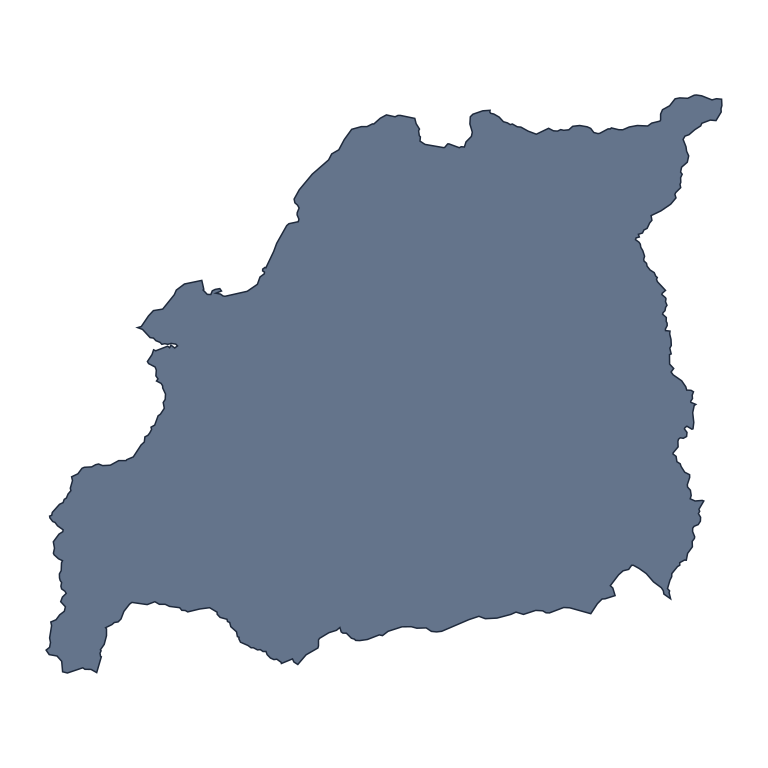 Reghiu, Vrancea, Romania (Natural Earth projection)
{"feature_id": "2599482B22331629819440", "entity_name": "Reghiu", "entity_type": "district", "adm_level": 2, "iso_a3": "ROU", "parent_name": "Romania", "parent_adm1": "Vrancea", "projection": "natural_earth1", "projection_center": [26.855, 45.811], "detail": "fine", "context": "isolated", "style": "filled", "palette": "slate", "viewbox_px": 768, "rotation_deg": 0, "n_neighbors": 0, "source": "geoboundaries", "source_scale": "gbopen_adm2", "svg_char_len": 6061}
<svg xmlns="http://www.w3.org/2000/svg" viewBox="0 0 768 768"><path d="M469.0,619.6L478.9,616.3L485.3,618.7L497.0,618.1L510.9,614.4L516.0,612.1L523.5,614.4L535.7,610.4L542.7,610.8L546.0,612.8L549.5,612.9L563.7,607.5L569.7,607.8L590.8,613.7L597.4,603.7L602.1,599.0L605.1,598.8L615.1,595.6L612.8,588.0L610.3,585.7L618.6,574.8L623.1,570.8L628.7,569.4L631.6,565.3L633.4,565.3L639.0,568.4L646.3,573.6L653.5,581.9L661.3,587.7L663.3,590.7L663.9,594.1L670.6,598.8L669.1,592.7L669.6,590.9L667.5,588.6L670.0,580.1L671.7,576.7L671.8,573.6L677.5,566.6L679.8,565.2L679.7,562.7L684.4,560.1L686.3,560.2L687.6,553.4L692.4,546.8L692.2,541.4L694.4,538.5L694.7,536.8L692.6,531.5L692.7,528.2L694.1,526.3L698.2,524.6L700.4,521.2L700.6,517.3L698.4,513.6L699.7,511.3L698.9,509.3L703.8,501.0L702.3,500.4L695.1,501.0L690.2,498.8L691.2,495.5L690.4,490.2L687.6,487.1L687.3,484.7L689.7,477.4L689.6,474.7L684.7,472.2L681.1,466.5L680.2,463.8L676.9,461.7L676.1,456.4L673.0,454.0L673.1,452.9L678.1,446.9L677.9,441.3L678.5,439.2L680.3,437.8L683.3,438.3L686.6,436.5L687.0,432.4L684.4,428.9L685.0,427.6L686.9,426.2L691.9,429.2L693.0,428.8L693.8,422.5L692.7,412.7L694.2,405.5L695.8,404.4L690.8,402.3L690.7,401.3L692.5,398.6L692.2,395.2L693.5,391.8L691.0,390.3L686.7,390.1L685.8,386.8L681.7,380.8L673.1,374.8L671.1,372.0L673.7,368.5L669.6,364.1L669.5,354.6L671.2,353.9L669.8,348.2L671.3,345.5L671.0,339.4L669.7,334.0L670.0,331.1L665.5,330.6L665.4,329.0L667.2,325.6L667.1,323.1L666.2,321.4L666.3,317.5L662.6,314.2L663.1,312.6L665.0,310.7L665.6,307.4L667.0,305.3L665.5,301.7L666.0,298.8L665.5,297.7L661.9,294.6L662.2,293.3L665.5,290.4L657.4,281.7L656.5,279.3L657.3,277.5L655.8,276.2L654.2,272.6L650.1,270.0L647.1,266.2L646.5,263.3L644.0,261.0L643.7,259.2L644.6,256.3L642.8,250.7L640.8,247.3L640.3,244.2L639.0,242.2L635.5,239.7L636.1,237.9L639.3,237.0L638.4,234.3L642.5,233.0L643.9,230.0L647.1,228.4L649.7,222.9L651.9,220.3L651.1,215.6L660.9,210.9L670.7,204.2L676.0,197.9L674.9,194.4L675.7,192.6L680.7,187.6L680.0,184.4L680.8,182.3L680.6,177.7L682.2,174.2L680.6,172.1L681.6,167.2L687.3,162.2L688.7,155.9L686.6,151.2L686.0,146.8L683.1,139.4L685.0,136.1L689.0,134.7L694.8,129.7L700.7,125.9L701.8,123.3L710.2,120.1L716.0,120.6L721.2,112.0L721.0,108.8L721.9,105.6L721.6,99.2L716.4,98.7L712.0,99.9L701.7,95.8L696.4,95.0L694.2,95.2L687.7,98.3L679.7,97.9L675.1,98.8L669.6,105.8L662.5,109.7L660.6,114.1L660.6,120.0L659.9,121.1L651.7,123.1L647.7,126.0L637.3,125.5L629.2,127.0L622.7,129.8L618.7,129.7L611.3,127.9L610.4,128.9L608.0,128.9L599.8,133.3L598.0,133.6L593.8,132.5L590.7,128.4L587.2,126.8L579.7,125.5L572.7,126.3L568.8,129.8L563.7,130.3L560.7,129.6L557.5,131.1L553.4,130.8L548.6,128.3L536.3,134.2L528.1,131.1L520.9,127.1L517.3,126.8L512.4,124.0L510.2,124.6L507.5,122.9L503.4,121.7L499.2,117.1L493.8,114.0L490.7,113.3L489.8,112.1L490.1,110.3L482.8,110.8L472.9,114.2L470.3,116.8L469.9,124.0L472.3,132.2L471.4,136.4L466.0,141.9L464.4,147.0L461.2,146.7L459.3,147.7L449.0,143.9L447.7,143.9L444.6,147.5L443.5,147.6L425.0,144.4L420.0,141.1L420.4,136.9L419.3,135.7L418.6,130.8L419.5,129.1L416.1,123.6L414.8,118.4L400.3,115.4L398.0,115.4L395.1,116.8L386.4,114.9L380.3,118.2L373.8,124.0L372.4,123.9L367.0,126.6L361.4,126.6L351.7,129.3L344.3,139.5L338.8,149.8L331.7,153.9L328.6,159.9L312.2,174.2L299.3,189.7L294.1,199.1L294.9,202.8L297.5,205.1L299.1,208.0L297.2,212.7L297.1,214.9L298.9,219.1L298.3,221.7L288.9,223.7L286.7,225.6L276.7,243.3L273.7,251.4L265.9,267.8L265.0,267.4L262.7,269.1L262.6,270.9L264.5,272.1L264.3,273.8L260.0,277.0L257.4,284.3L247.2,291.3L225.0,296.3L223.1,296.0L220.5,294.1L215.9,293.2L221.5,291.0L219.8,288.6L215.2,289.4L212.3,290.8L210.8,294.5L207.3,294.4L203.1,290.0L203.8,289.3L201.8,280.4L184.4,284.0L176.3,290.1L174.3,294.7L162.7,309.1L153.4,310.6L148.5,315.9L141.3,326.5L137.6,327.6L142.5,329.4L150.1,337.6L153.5,338.1L155.9,340.7L160.1,342.4L161.8,344.3L164.7,343.7L167.9,344.3L171.1,343.4L175.8,344.1L177.5,345.9L174.7,348.0L171.0,345.2L169.6,347.7L167.6,346.2L155.7,350.8L153.6,349.8L152.0,354.6L147.4,361.5L148.6,363.6L155.1,367.0L156.3,370.1L155.9,375.9L158.0,378.9L156.5,381.0L161.1,383.4L162.6,385.8L162.7,388.0L165.5,394.0L165.2,399.4L163.2,402.5L164.3,408.3L160.4,414.2L158.1,415.8L154.7,425.1L151.0,427.2L151.6,429.4L149.7,433.0L147.9,435.3L144.9,436.9L144.3,442.0L141.2,444.8L133.3,456.9L126.9,459.6L126.0,460.6L118.7,460.6L110.3,465.2L102.6,465.6L98.6,464.0L95.6,464.7L91.7,466.9L84.3,467.3L82.0,468.3L77.9,473.8L71.6,476.8L72.5,480.6L70.3,488.2L70.9,490.7L68.1,493.9L66.4,498.0L64.2,499.4L63.1,502.6L59.5,504.3L52.3,512.4L51.7,515.3L49.6,516.1L49.9,517.9L52.7,521.5L55.1,522.5L57.5,525.8L63.1,529.8L62.8,531.7L59.0,534.1L53.3,541.8L54.5,548.2L53.4,553.2L54.1,554.8L58.5,558.8L62.5,560.7L61.5,562.8L61.2,570.6L59.4,573.9L59.5,578.0L60.2,580.5L61.6,582.5L60.9,586.2L61.6,588.9L64.9,591.2L66.2,593.4L62.4,597.1L60.7,601.7L65.4,606.8L64.3,611.3L59.7,614.8L56.1,619.7L50.8,622.0L51.6,625.6L49.6,638.0L50.5,642.5L49.6,647.3L46.1,650.1L49.2,654.6L57.0,656.0L61.7,661.3L62.6,671.8L67.4,673.0L82.8,667.8L84.9,669.3L91.0,669.4L96.7,672.6L101.3,656.8L100.6,656.5L100.0,653.2L101.1,650.8L100.4,649.8L104.2,644.4L106.5,635.7L106.5,628.9L105.6,627.7L111.9,624.6L114.3,622.5L118.1,621.9L121.0,619.0L123.9,611.4L129.5,604.2L131.9,602.4L147.2,604.6L154.9,601.7L159.3,604.3L165.2,604.3L169.5,606.4L179.7,607.7L181.8,610.3L185.3,610.5L187.7,611.9L199.7,609.0L209.6,607.7L217.1,612.2L217.2,614.3L220.1,617.4L227.0,619.3L227.5,621.5L229.7,622.5L230.8,626.7L236.5,631.8L237.4,636.6L239.0,637.3L238.9,638.9L240.5,642.2L248.0,645.5L251.1,647.8L253.3,647.7L257.5,649.9L260.3,649.6L263.0,651.5L266.0,651.5L267.1,654.6L270.4,658.0L273.9,659.6L276.8,659.2L281.1,662.3L281.4,663.5L292.5,658.9L293.9,662.0L297.8,664.5L306.1,654.8L317.9,648.0L318.5,645.9L318.5,639.9L319.6,638.3L328.9,632.7L336.5,630.3L339.9,627.5L341.2,631.9L342.9,633.1L346.4,633.2L351.4,638.2L354.5,639.2L355.6,640.4L359.7,640.6L367.4,639.5L379.3,634.9L382.5,635.6L388.1,631.3L402.0,626.8L411.3,626.7L416.8,628.2L426.2,627.9L431.4,631.4L436.6,631.9L441.7,631.3L469.0,619.6Z" fill="#64748b" stroke="#1e293b" stroke-width="1.5"/></svg>